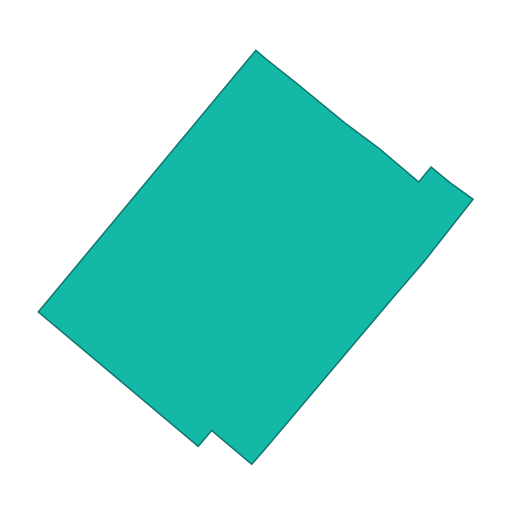 the district of Box Butte, Nebraska, United States of America, rotated 310°
{"feature_id": "52423323B65677119819091", "entity_name": "Box Butte", "entity_type": "district", "adm_level": 2, "iso_a3": "USA", "parent_name": "United States of America", "parent_adm1": "Nebraska", "projection": "robinson", "projection_center": [-102.94, 42.22], "detail": "fine", "context": "isolated", "style": "filled", "palette": "teal", "viewbox_px": 512, "rotation_deg": 310, "n_neighbors": 0, "source": "geoboundaries", "source_scale": "gbopen_adm2", "svg_char_len": 383}
<svg xmlns="http://www.w3.org/2000/svg" viewBox="0 0 512 512"><g transform="rotate(310 256 256)"><path d="M439.0,385.8L436.9,357.8L436.7,332.9L417.2,333.1L417.5,281.7L415.0,238.1L414.4,176.6L413.3,136.8L413.5,123.7L401.8,123.7L73.2,125.2L73.0,334.1L93.8,334.2L93.7,386.6L112.5,387.0L314.2,387.7L358.3,388.3L439.0,385.8Z" fill="#14b8a6" stroke="#0f766e" stroke-width="1.5"/></g></svg>